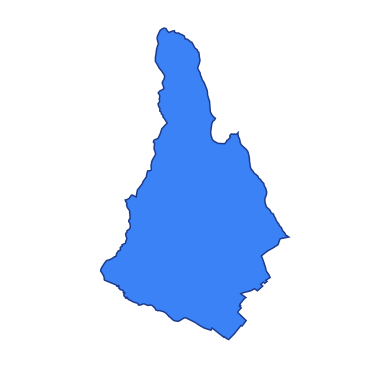 Cerrillos, Salta, Argentina, rotated 214°
{"feature_id": "61730980B31698660486966", "entity_name": "Cerrillos", "entity_type": "district", "adm_level": 2, "iso_a3": "ARG", "parent_name": "Argentina", "parent_adm1": "Salta", "projection": "albers", "projection_center": [-65.403, -25.006], "detail": "fine", "context": "isolated", "style": "filled", "palette": "blue", "viewbox_px": 384, "rotation_deg": 214, "n_neighbors": 0, "source": "geoboundaries", "source_scale": "gbopen_adm2", "svg_char_len": 5936}
<svg xmlns="http://www.w3.org/2000/svg" viewBox="0 0 384 384"><g transform="rotate(214 192 192)"><path d="M285.6,317.0L288.4,316.8L290.4,316.3L292.2,316.3L293.4,315.2L295.6,314.7L296.8,315.9L298.9,313.6L300.3,311.3L302.3,311.7L305.2,313.0L307.0,312.1L307.9,310.6L308.8,308.1L307.8,301.9L306.8,299.7L302.6,295.9L302.3,293.9L301.1,290.3L299.3,286.8L297.7,283.3L295.5,279.9L292.1,278.3L288.5,276.4L284.4,275.2L279.6,273.1L278.2,269.9L278.2,268.1L277.7,265.7L275.8,264.4L273.3,262.3L273.5,260.7L275.2,257.7L275.4,255.2L273.2,254.3L271.8,252.7L271.2,250.7L270.0,249.8L269.3,248.4L269.5,246.1L267.2,244.1L265.3,243.3L264.0,241.1L262.3,241.0L260.9,239.6L258.9,239.4L258.3,238.1L255.9,237.4L253.0,236.0L251.1,235.5L252.4,227.5L251.0,222.9L250.1,217.6L251.0,216.0L251.9,214.8L252.5,213.3L251.9,211.7L250.1,211.3L249.4,209.9L248.3,207.6L247.2,206.2L245.4,205.0L243.2,203.0L242.9,198.4L242.7,196.2L242.2,194.2L241.5,192.9L240.8,191.1L239.8,189.8L238.8,188.7L238.1,187.5L238.6,186.3L240.6,184.7L239.4,181.2L238.3,179.0L238.4,173.3L237.8,170.8L238.0,168.3L238.4,163.3L237.5,161.0L236.5,158.7L235.5,156.7L238.1,156.3L239.5,156.2L240.5,155.5L240.5,153.1L240.5,151.5L241.6,149.4L242.9,148.0L241.3,146.9L239.5,146.2L239.2,144.9L237.1,143.1L233.2,141.5L231.7,139.4L230.8,138.9L230.3,137.6L229.3,136.8L229.1,136.0L228.4,135.0L228.7,133.6L227.9,132.1L226.2,131.5L224.6,129.8L223.4,128.2L223.2,125.8L223.9,124.5L224.2,123.3L223.4,122.3L223.7,121.5L223.6,120.2L222.6,118.9L221.2,118.0L219.8,116.7L219.4,114.4L218.5,112.5L220.5,108.9L219.6,108.0L220.2,106.9L220.4,105.8L219.5,104.7L218.9,103.6L220.1,101.9L220.1,98.7L219.0,96.4L220.1,94.9L221.2,91.9L222.6,89.6L224.5,87.4L224.7,84.7L224.7,81.9L224.5,77.9L224.2,76.6L223.5,75.4L222.3,74.9L220.9,74.4L218.3,73.0L217.1,72.1L215.9,70.5L215.3,70.0L203.1,72.5L202.3,72.4L202.1,72.1L201.7,71.9L201.3,71.9L200.8,72.1L200.7,72.3L200.8,72.8L200.8,73.1L200.7,73.3L200.3,73.4L199.9,73.1L199.5,72.4L199.1,71.6L198.9,71.4L198.6,71.3L198.0,71.4L197.7,71.3L197.4,71.2L197.1,70.9L196.8,70.9L196.6,71.0L196.1,71.3L194.8,71.7L194.6,71.9L194.2,71.9L193.8,71.7L193.5,71.5L193.1,70.9L193.1,70.6L192.8,70.2L192.5,70.1L192.2,70.2L191.9,70.9L191.5,71.0L191.2,70.9L191.1,70.6L191.2,70.0L191.3,69.7L191.3,69.3L191.2,68.9L190.5,68.1L189.8,67.7L189.5,67.6L189.2,67.8L188.9,67.8L188.5,67.7L188.0,67.2L187.7,67.0L187.3,67.0L187.0,67.1L186.9,67.4L186.9,67.6L187.2,68.2L187.1,68.3L186.8,68.3L186.2,68.1L185.1,67.5L184.6,67.4L184.2,67.4L183.7,67.4L183.2,67.6L182.7,67.7L180.7,67.8L179.3,68.0L178.5,68.2L178.3,68.3L176.6,68.7L176.0,68.9L175.6,69.2L175.0,69.3L174.6,69.3L174.2,69.0L174.0,68.8L173.6,68.6L172.8,68.4L172.5,68.6L172.3,68.8L172.2,69.1L172.0,69.3L171.4,69.7L170.7,70.7L170.3,71.4L169.9,72.0L169.1,72.5L167.2,72.9L166.2,73.0L165.5,73.2L164.5,73.8L164.2,74.2L163.3,75.0L162.3,75.5L161.8,75.6L161.0,75.6L160.1,75.4L158.2,75.1L157.2,74.7L156.3,74.1L155.8,74.0L154.0,74.5L153.4,74.9L152.6,75.6L150.0,76.4L149.7,76.5L149.4,76.7L149.1,76.8L147.9,76.9L146.4,77.0L145.4,76.9L143.3,76.5L142.6,76.2L141.9,76.1L141.6,75.9L140.6,76.0L137.7,75.5L135.7,75.3L134.9,75.4L133.6,75.9L131.4,76.9L130.4,78.2L129.4,80.3L128.5,82.4L127.5,83.9L126.6,84.3L124.9,84.5L116.6,85.6L111.5,85.6L105.6,86.1L99.0,88.0L99.4,90.5L84.4,89.4L84.4,90.0L81.0,89.9L79.1,90.2L77.6,98.3L76.8,108.6L75.5,108.9L75.2,115.7L86.5,117.7L87.0,119.0L86.4,123.4L88.8,123.8L89.0,124.0L88.1,124.9L89.6,125.6L89.1,131.9L88.9,133.6L88.3,134.6L94.7,134.9L93.9,136.2L92.6,137.9L88.7,142.2L87.5,143.9L86.1,146.8L82.5,146.7L80.8,153.6L83.4,153.9L82.3,157.3L80.6,157.0L79.8,159.9L81.5,160.1L79.4,164.8L82.2,166.5L86.0,167.9L87.2,168.8L88.4,170.1L92.8,173.6L97.6,177.1L98.1,177.2L98.8,177.7L97.4,182.3L96.2,185.7L93.3,191.5L91.2,196.5L92.2,199.9L92.8,202.5L86.6,208.8L90.5,208.8L91.1,209.3L92.5,210.0L93.7,210.2L94.3,210.3L95.9,211.0L96.6,211.5L97.1,212.0L97.8,212.3L99.5,212.8L100.2,212.8L100.9,213.1L102.1,213.9L102.6,214.2L103.3,214.3L104.5,214.7L106.3,215.5L107.1,216.1L107.6,216.5L108.3,216.9L109.2,217.4L110.1,217.6L111.3,218.6L111.6,218.9L112.0,219.1L112.6,219.2L113.3,219.2L114.8,218.9L115.9,219.8L116.6,220.2L117.9,220.7L120.0,221.0L120.5,221.0L121.9,221.2L123.8,222.7L124.4,223.1L125.4,224.0L126.9,225.8L127.8,227.1L128.0,227.7L128.1,228.5L128.5,229.9L128.8,231.2L129.2,232.3L129.6,232.8L129.9,233.4L130.2,233.9L131.3,234.8L131.8,235.3L132.4,235.8L133.1,236.4L134.8,237.1L136.0,237.9L136.7,238.7L137.1,239.0L137.8,239.3L138.5,239.5L140.2,239.8L141.9,240.5L142.3,240.7L143.9,240.7L144.6,240.9L145.8,241.6L146.7,242.0L147.5,242.1L148.0,242.2L149.9,242.3L150.6,242.3L151.3,242.5L152.2,242.8L152.7,243.2L154.1,243.6L155.2,243.9L156.3,244.4L156.9,244.8L158.1,245.8L158.7,246.5L159.0,247.0L159.6,247.5L160.0,248.1L161.3,249.3L161.6,249.8L163.6,252.4L165.0,253.8L165.7,254.4L166.8,255.5L167.3,255.9L168.7,256.9L170.6,257.5L171.3,257.7L173.4,258.0L177.3,258.6L178.1,258.9L179.7,260.0L180.2,260.4L180.7,261.1L181.6,261.8L182.3,262.6L183.5,263.3L184.6,263.9L185.1,264.4L186.4,265.8L187.0,266.9L187.4,264.9L187.7,264.4L188.0,264.1L188.3,264.0L188.7,264.0L189.2,263.9L189.5,263.7L189.7,263.4L190.1,262.9L190.4,262.7L190.7,262.6L191.5,262.4L191.9,262.0L192.2,260.8L192.2,260.4L192.1,259.9L191.9,259.5L191.7,259.3L191.4,259.3L191.2,259.2L191.1,258.9L191.0,258.6L191.0,257.8L191.0,257.0L191.2,256.3L191.3,255.7L191.4,255.1L191.6,254.8L191.9,254.3L191.9,254.2L191.6,253.2L191.7,251.9L191.9,251.2L191.9,250.8L191.8,250.4L197.7,246.8L199.7,246.7L202.1,246.4L204.7,247.0L208.0,249.7L209.9,251.9L210.9,253.9L213.0,258.1L213.9,260.0L214.2,262.2L213.6,264.4L213.8,266.2L216.5,266.4L219.4,267.4L221.8,268.9L228.6,277.5L230.3,278.5L233.6,281.4L234.7,283.0L236.5,284.9L240.9,288.0L243.3,289.5L246.2,290.7L247.6,291.8L250.3,293.6L252.1,295.4L255.1,296.9L256.8,298.1L257.9,302.8L259.1,305.8L261.1,307.7L262.6,309.6L264.4,311.6L265.4,311.5L267.2,312.8L270.2,313.0L273.4,314.8L276.0,316.1L277.3,315.5L278.8,316.0L281.4,316.0L283.3,315.1L285.6,317.0Z" fill="#3b82f6" stroke="#1e3a8a" stroke-width="1.5"/></g></svg>